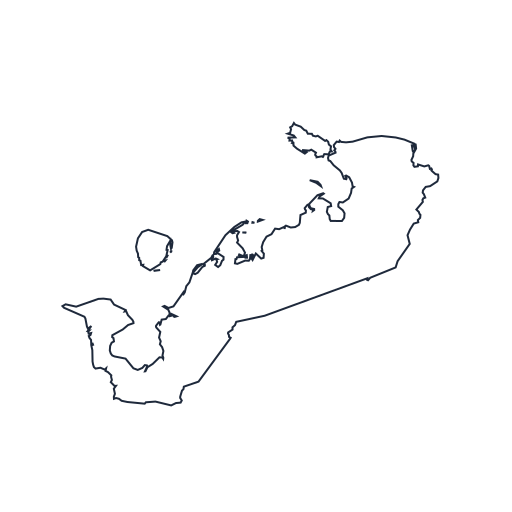 map outline of Nenets (Mercator projection), rotated 340°
{"feature_id": "RUS-2381", "entity_name": "Nenets", "entity_type": "Autonomous Province", "adm_level": 1, "iso_a3": "RUS", "parent_name": "Russia", "parent_adm1": "", "projection": "mercator", "projection_center": [54.749, 68.144], "detail": "fine", "context": "isolated", "style": "outline", "palette": "slate", "viewbox_px": 512, "rotation_deg": 340, "n_neighbors": 0, "source": "natural_earth", "source_scale": "10m", "svg_char_len": 6120}
<svg xmlns="http://www.w3.org/2000/svg" viewBox="0 0 512 512"><g transform="rotate(340 256 256)"><path d="M73.7,341.6L74.3,339.6L76.3,337.2L77.0,332.1L80.0,330.1L78.6,329.7L76.4,324.9L78.2,323.2L78.5,319.9L79.2,318.7L77.2,314.5L75.3,312.5L76.7,310.3L75.0,311.0L71.6,307.8L66.7,306.9L65.7,304.9L65.8,302.3L66.3,299.3L70.0,288.5L70.7,283.6L72.5,283.7L72.5,282.4L71.2,282.0L72.3,278.4L71.5,276.1L71.5,274.0L73.5,273.6L74.7,272.0L72.2,271.7L72.4,269.7L73.7,269.1L72.4,268.8L77.3,265.5L73.2,266.8L73.0,264.5L74.3,256.4L74.0,254.4L57.9,239.0L57.0,236.9L60.6,236.3L69.7,242.1L93.2,242.4L98.1,243.9L104.5,247.2L106.0,253.1L115.0,262.2L113.7,263.2L115.1,263.4L115.4,267.8L118.0,273.7L118.3,275.9L117.9,277.2L112.2,277.1L105.6,279.5L93.9,281.3L93.1,283.0L94.0,284.4L93.3,287.7L90.7,288.1L88.2,290.6L86.3,294.8L86.2,298.0L86.9,300.3L88.7,302.0L98.3,307.8L102.4,319.6L105.9,322.6L110.9,322.3L114.2,320.5L116.1,321.5L116.1,322.4L112.2,326.4L112.7,326.5L115.9,323.4L122.0,322.1L130.6,318.2L133.2,319.3L133.6,320.9L134.1,319.9L134.1,317.5L136.5,313.6L136.6,309.5L135.5,306.1L137.3,303.5L137.0,299.5L140.1,294.6L137.9,289.2L137.8,288.3L138.3,287.3L142.0,285.0L142.8,285.5L142.3,287.8L142.7,287.7L145.6,283.5L149.7,284.4L153.5,282.0L154.3,282.7L153.5,283.0L157.5,283.3L158.8,284.3L158.2,284.9L158.7,285.4L160.7,285.5L156.3,281.1L154.9,281.4L155.4,279.2L155.2,276.5L151.5,271.7L153.0,271.6L156.0,274.9L161.2,275.1L176.9,264.2L173.9,267.8L176.6,265.8L180.2,260.5L184.4,258.0L190.5,250.4L192.6,252.2L195.5,251.8L201.9,247.9L204.5,247.7L204.8,247.1L203.9,246.8L204.4,245.4L213.3,242.4L215.3,240.6L216.0,240.4L215.4,242.5L213.2,243.8L213.1,244.9L217.4,244.6L218.6,245.8L217.5,245.8L217.5,248.2L214.6,250.4L216.6,253.4L219.3,252.4L222.4,248.9L224.2,248.3L225.2,245.8L220.9,240.1L221.1,238.7L223.3,238.3L223.5,236.8L221.0,237.7L219.5,240.4L217.1,239.8L218.0,238.1L234.4,226.0L245.6,221.3L253.9,219.4L257.7,220.0L254.1,222.1L240.5,224.6L241.8,226.6L243.0,226.7L242.3,225.7L242.9,225.1L247.0,226.1L248.2,227.7L245.3,230.0L244.7,231.7L244.5,235.3L242.8,236.9L246.1,244.2L246.8,249.1L244.3,252.1L240.8,248.8L240.2,249.4L242.3,252.1L237.8,250.7L236.6,252.2L235.6,251.9L233.7,255.7L235.8,257.0L244.3,256.6L247.6,258.0L249.3,256.8L251.0,253.2L251.6,253.4L250.8,256.1L251.4,258.6L256.7,253.6L260.0,260.2L262.5,260.3L264.2,256.5L263.0,253.1L263.9,252.8L264.4,249.5L267.5,245.4L272.5,241.4L278.0,240.8L283.3,236.8L286.9,238.7L292.3,238.3L292.6,238.8L292.1,240.4L293.4,238.0L294.5,237.7L298.4,241.1L302.7,242.2L307.0,241.4L308.5,239.8L311.8,232.7L317.6,232.3L318.5,230.2L318.0,229.0L318.1,227.7L321.9,225.5L323.2,225.6L322.5,228.3L323.6,230.8L325.6,232.1L324.9,233.1L326.4,232.7L326.7,231.7L323.9,229.9L323.4,227.8L323.7,225.3L334.5,219.9L340.6,220.0L341.0,220.6L336.1,221.8L334.7,223.3L338.5,224.8L344.2,232.0L343.7,234.8L340.2,234.5L337.7,238.7L337.9,241.2L338.8,243.0L337.9,246.5L338.2,248.6L348.7,252.5L351.9,250.3L353.8,246.2L353.2,242.7L350.2,237.8L351.1,235.4L352.9,233.8L355.9,235.4L362.7,233.7L366.9,229.2L369.0,225.3L371.7,224.6L370.6,223.6L371.3,219.9L370.5,213.9L368.2,211.2L367.3,211.3L367.6,214.1L367.1,214.7L365.0,213.4L364.9,207.2L364.1,204.3L360.0,197.3L358.3,192.2L356.9,191.0L357.2,188.5L358.6,186.5L366.1,186.1L366.3,185.0L365.7,183.5L367.3,182.5L366.6,180.4L367.0,178.4L370.9,176.1L373.0,177.3L374.1,176.2L375.0,177.9L379.5,180.0L385.9,181.6L401.2,182.6L415.1,186.2L427.8,192.4L435.3,197.4L443.4,204.8L442.7,205.9L440.3,205.3L439.2,210.9L439.5,212.7L442.1,210.2L442.0,207.0L444.0,206.5L443.2,209.8L438.9,213.5L437.8,216.0L434.9,218.9L434.7,220.4L435.9,222.4L434.9,224.7L435.4,226.4L438.8,227.1L439.6,225.4L444.8,229.4L448.9,229.7L449.5,230.6L449.2,233.6L450.7,233.7L450.9,234.8L450.1,235.6L450.6,236.7L452.7,240.5L455.0,241.8L454.1,245.1L451.9,247.9L443.5,249.9L439.1,249.1L435.4,251.4L434.3,253.5L434.9,255.3L435.0,259.0L433.0,259.0L431.6,260.2L431.3,262.2L422.6,267.2L424.1,270.4L424.0,272.1L424.6,273.6L423.3,276.3L420.4,277.6L420.0,279.8L415.3,279.5L409.7,283.9L405.5,288.3L404.6,297.2L387.3,309.3L383.3,314.5L355.9,315.5L353.0,317.1L352.2,316.3L353.0,315.0L243.7,315.1L214.9,311.1L212.6,313.8L209.5,315.0L208.8,317.1L203.7,318.3L203.2,319.2L203.5,321.0L203.0,322.8L204.2,324.2L203.5,324.8L159.0,354.4L143.5,354.1L142.3,356.3L140.4,357.2L136.7,362.2L136.2,363.4L136.8,366.4L135.0,368.0L130.5,366.8L125.2,367.4L111.7,358.4L102.5,355.8L100.9,356.7L85.2,349.2L80.2,346.1L78.4,343.3L75.9,341.6L73.7,341.6ZM182.4,212.5L182.2,214.6L179.6,219.5L178.6,220.2L179.1,216.9L180.6,212.4L175.8,216.3L174.0,219.6L175.0,220.2L171.6,225.5L166.3,229.4L164.3,229.4L163.3,230.9L151.6,233.3L146.2,226.7L147.0,225.7L145.0,225.2L145.8,220.9L144.8,220.0L145.6,217.8L144.9,216.8L145.9,213.4L145.7,210.2L146.5,206.2L151.1,199.0L157.2,194.5L163.7,194.5L179.5,207.0L182.4,212.5ZM364.0,178.6L362.4,181.3L362.9,183.6L361.1,183.1L359.0,185.3L355.0,183.6L353.0,185.4L353.3,186.4L351.8,184.8L346.7,184.0L347.0,183.2L346.2,181.7L346.4,180.7L347.7,179.4L344.3,175.0L342.1,175.2L335.6,172.2L339.0,175.8L336.9,176.5L331.2,169.1L329.0,165.1L329.6,163.4L328.6,162.3L329.7,161.9L329.1,161.2L329.4,159.8L326.9,159.0L327.8,157.2L326.2,155.6L333.5,158.0L332.7,155.7L327.7,151.9L330.2,151.9L332.3,148.9L332.1,146.8L334.4,146.4L337.1,144.0L337.7,145.9L342.3,149.8L344.5,154.2L346.1,155.4L346.5,158.8L350.3,160.3L350.6,162.4L353.1,164.1L355.1,164.1L360.3,171.5L361.8,171.2L362.9,173.4L362.6,176.2L364.0,178.6ZM197.5,244.5L203.3,245.1L197.5,246.6L190.7,250.4L192.1,248.0L197.5,244.5ZM341.0,211.2L341.0,212.8L337.7,207.9L332.4,203.1L339.3,207.3L341.0,211.2ZM253.0,253.6L253.9,254.6L253.4,256.2L251.3,256.3L252.0,254.0L253.6,252.7L253.0,253.6ZM245.2,252.0L247.6,252.0L247.0,254.5L245.4,253.9L245.2,252.0ZM272.1,222.6L274.5,224.3L269.5,224.3L269.8,223.6L272.1,222.6ZM259.2,219.6L260.2,220.9L259.1,222.2L257.9,221.8L259.2,219.6ZM251.2,229.2L254.4,230.4L254.8,230.8L251.2,229.2ZM155.5,235.0L161.1,236.4L154.7,235.0L155.5,235.0ZM264.3,223.0L265.9,224.2L264.0,223.5L264.3,223.0ZM169.0,229.1L169.5,229.2L167.6,230.3L169.0,229.1ZM176.6,223.4L178.5,221.8L177.9,222.9L176.6,223.4ZM172.2,226.0L173.8,224.7L172.2,226.1L172.2,226.0Z" fill="none" stroke="#1e293b" stroke-width="2"/></g></svg>